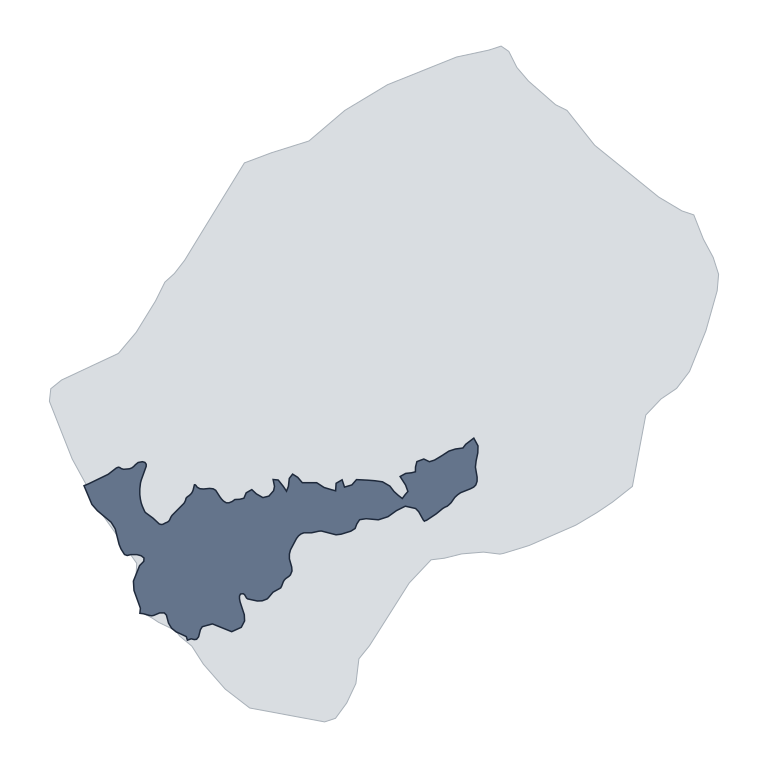 Lesotho, with Mohale's Hoek highlighted
{"feature_id": "LSO-1204", "entity_name": "Mohale's Hoek", "entity_type": "District", "adm_level": 1, "iso_a3": "LSO", "parent_name": "Lesotho", "parent_adm1": "", "projection": "albers", "projection_center": [27.808, -30.085], "detail": "fine", "context": "in_parent", "style": "filled", "palette": "slate", "viewbox_px": 768, "rotation_deg": 0, "n_neighbors": 0, "source": "natural_earth", "source_scale": "10m", "svg_char_len": 3848}
<svg xmlns="http://www.w3.org/2000/svg" viewBox="0 0 768 768"><path d="M529.1,545.5L503.5,553.4L499.9,554.1L483.5,552.1L461.6,553.9L444.4,558.2L431.1,559.8L409.2,583.0L369.5,645.7L358.9,658.8L355.9,683.5L346.7,703.0L335.5,718.3L324.6,721.9L291.7,715.8L249.7,708.0L225.2,689.1L203.4,664.2L191.8,646.1L179.8,636.2L175.6,630.6L158.5,622.3L152.0,618.0L146.3,614.9L139.3,602.9L135.2,592.4L136.7,563.3L124.5,545.9L103.6,516.4L90.3,492.1L72.2,459.0L61.0,430.7L49.4,401.3L50.8,388.7L61.6,380.0L93.6,365.0L118.4,353.4L136.2,332.3L155.5,301.0L164.9,282.1L174.4,273.5L184.7,260.2L202.7,230.7L222.8,198.0L244.4,162.9L271.6,152.7L308.9,141.0L344.8,110.4L387.5,84.7L456.6,57.0L488.8,50.1L501.1,46.1L508.8,51.4L516.9,67.5L528.5,81.1L555.5,104.7L567.0,110.4L594.7,145.3L624.4,169.3L658.6,197.0L681.9,210.9L693.8,214.9L703.4,239.2L713.2,257.4L718.6,274.3L717.2,290.7L705.9,330.7L689.5,371.5L676.6,388.4L661.1,398.9L645.8,415.0L639.6,447.8L632.4,486.4L612.5,502.1L597.2,512.4L575.9,525.1L529.1,545.5Z" fill="#d9dde1" stroke="#a8b0b8" stroke-width="1"/><path d="M127.2,555.5L124.5,554.5L121.0,549.0L119.1,544.4L115.2,528.8L111.1,522.2L97.4,510.7L91.9,504.4L84.0,485.7L88.6,483.8L108.2,474.3L116.3,468.0L118.3,467.2L119.7,467.5L121.3,468.6L123.6,469.3L129.4,468.8L131.9,467.9L133.8,466.4L135.4,464.7L138.1,462.5L142.4,461.7L144.9,462.4L146.2,464.2L146.2,466.3L141.3,479.9L140.5,482.9L139.8,488.9L139.8,494.6L140.4,499.2L141.2,502.9L142.3,506.1L144.5,511.1L144.9,511.9L145.9,512.9L153.1,518.2L159.3,524.0L161.3,524.5L162.9,524.3L165.5,522.9L167.5,522.1L168.8,521.1L169.6,520.0L170.8,517.3L171.4,516.3L172.1,515.3L183.9,503.4L184.7,502.1L185.5,500.4L185.9,498.7L186.4,497.7L187.5,496.7L189.0,495.7L190.5,494.4L191.7,493.0L192.5,491.6L193.1,490.1L194.4,484.8L195.0,484.7L195.9,485.4L197.2,487.2L199.9,488.7L203.5,489.0L209.6,488.4L213.2,488.8L215.7,490.3L219.8,496.7L221.5,499.0L223.4,501.0L226.3,502.8L229.0,502.8L232.2,501.5L234.9,499.5L239.7,499.3L243.9,498.2L246.2,492.8L251.8,489.6L256.4,493.9L262.9,497.6L268.9,496.1L273.6,490.7L274.5,486.4L273.1,479.5L278.2,480.0L283.3,486.4L286.5,491.2L288.4,486.4L289.3,478.4L292.6,474.1L297.7,477.3L302.3,482.7L309.7,482.7L316.7,482.7L324.1,487.5L331.5,489.7L335.6,490.8L336.1,483.3L342.1,479.8L344.5,487.1L351.9,484.9L356.5,479.6L368.1,480.2L374.6,480.7L382.5,481.8L389.9,486.1L394.0,491.5L398.2,495.3L402.3,498.5L405.1,494.7L407.9,491.5L405.6,485.1L400.1,476.5L405.7,473.4L411.3,472.8L415.4,471.8L415.5,467.0L416.9,461.6L423.8,459.0L429.4,461.7L434.5,460.1L441.5,455.9L448.9,451.1L455.4,449.0L462.9,448.0L465.7,444.3L473.8,438.1L478.0,445.9L477.8,452.9L476.1,461.0L475.4,467.1L477.1,477.1L477.1,481.2L475.8,485.0L473.7,487.1L470.4,488.8L460.6,492.7L457.6,494.8L454.8,497.4L451.1,502.7L448.8,504.9L447.1,506.3L445.5,506.9L444.2,507.6L442.6,508.6L436.3,513.8L426.4,520.4L425.1,520.7L424.4,521.2L423.3,520.0L418.7,511.7L415.6,508.5L405.3,506.2L396.5,510.6L395.1,511.6L388.0,516.7L378.4,519.8L366.1,518.7L359.6,519.7L356.8,524.0L355.1,528.5L350.8,531.2L341.1,534.2L336.0,534.8L321.3,531.0L318.8,531.2L311.6,532.8L303.9,532.8L300.9,534.0L298.5,535.9L296.5,538.5L290.5,549.8L289.4,554.0L289.4,558.9L291.7,567.0L292.0,571.0L290.4,574.9L289.0,576.3L285.7,578.6L284.2,580.2L283.2,582.0L281.7,586.0L280.7,587.9L273.0,592.2L268.4,597.7L267.2,598.9L262.3,600.8L257.3,601.0L247.6,598.9L246.5,598.0L244.6,594.7L243.2,593.7L240.5,594.0L239.5,596.0L239.5,598.8L240.1,601.9L244.3,614.7L244.6,620.9L241.3,627.3L231.7,631.7L212.4,623.9L202.3,626.7L200.4,629.7L198.6,636.8L196.6,639.3L194.3,639.6L191.2,638.8L187.4,640.2L186.3,636.6L176.0,631.8L171.5,628.1L168.5,623.1L166.4,615.1L164.3,612.9L159.7,612.9L153.7,615.4L151.7,615.8L148.9,615.3L143.2,613.7L139.9,613.3L140.4,608.2L134.0,590.5L133.4,581.1L139.6,565.6L143.8,561.3L144.0,558.0L141.3,555.8L137.0,554.6L130.7,554.6L127.2,555.5Z" fill="#64748b" stroke="#1e293b" stroke-width="1.5"/></svg>